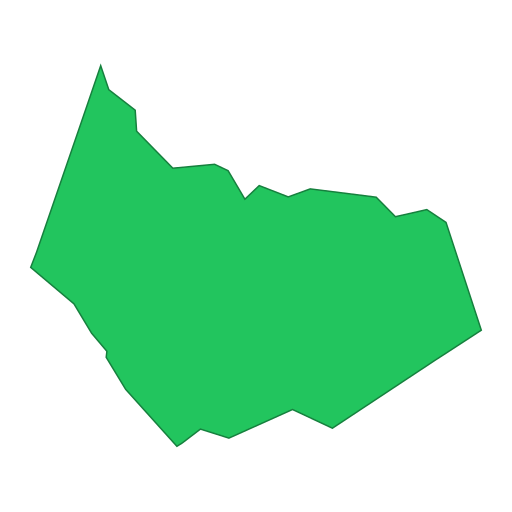 the district of Barrow, Georgia, United States of America
{"feature_id": "52423323B78552239395021", "entity_name": "Barrow", "entity_type": "district", "adm_level": 2, "iso_a3": "USA", "parent_name": "United States of America", "parent_adm1": "Georgia", "projection": "orthographic", "projection_center": [-83.722, 34.011], "detail": "fine", "context": "isolated", "style": "filled", "palette": "green", "viewbox_px": 512, "rotation_deg": 0, "n_neighbors": 0, "source": "geoboundaries", "source_scale": "gbopen_adm2", "svg_char_len": 521}
<svg xmlns="http://www.w3.org/2000/svg" viewBox="0 0 512 512"><path d="M332.4,428.2L435.9,359.7L441.5,356.1L481.3,330.2L446.0,222.4L426.8,209.6L395.4,216.7L376.2,197.2L310.2,188.9L288.2,196.9L259.2,185.6L244.9,199.2L228.1,170.7L214.6,164.3L172.8,168.2L136.6,131.2L135.2,110.2L108.8,89.7L100.7,65.7L79.9,126.4L36.5,252.4L30.7,267.4L74.0,303.9L91.6,333.2L106.9,351.3L106.2,357.3L125.7,389.4L176.9,446.3L182.2,443.0L200.4,429.1L228.9,438.1L292.5,409.5L332.4,428.2Z" fill="#22c55e" stroke="#15803d" stroke-width="1.5"/></svg>